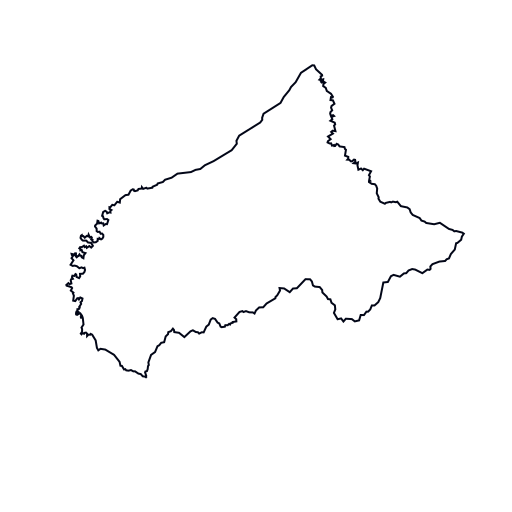 Santa Marta, Magdalena, Colombia (orthographic projection), rotated 314°
{"feature_id": "7082276B2481053474358", "entity_name": "Santa Marta", "entity_type": "district", "adm_level": 2, "iso_a3": "COL", "parent_name": "Colombia", "parent_adm1": "Magdalena", "projection": "orthographic", "projection_center": [-73.961, 11.086], "detail": "fine", "context": "isolated", "style": "outline", "palette": "ink", "viewbox_px": 512, "rotation_deg": 314, "n_neighbors": 0, "source": "geoboundaries", "source_scale": "gbopen_adm2", "svg_char_len": 6082}
<svg xmlns="http://www.w3.org/2000/svg" viewBox="0 0 512 512"><g transform="rotate(314 256 256)"><path d="M432.3,164.0L419.0,161.1L408.5,163.8L401.9,163.8L398.4,164.8L389.7,165.5L383.1,167.3L363.6,162.6L359.7,164.4L358.3,165.9L354.9,166.3L330.9,160.3L325.3,161.9L323.4,164.2L315.3,165.0L294.8,159.6L285.8,156.2L279.9,155.5L276.0,152.7L271.2,150.9L260.7,142.3L253.7,140.9L247.7,137.6L244.5,137.6L239.9,134.9L238.6,135.4L234.0,133.5L233.1,134.0L229.0,131.0L228.9,129.7L225.9,128.2L226.2,126.2L225.2,127.0L222.6,124.9L221.0,125.3L218.6,123.9L218.2,123.0L218.9,121.9L218.4,121.0L216.0,120.4L211.5,121.7L209.1,119.8L202.5,118.8L199.8,120.9L198.6,118.5L194.1,118.9L193.0,117.1L189.6,117.3L189.3,116.7L188.0,117.9L188.6,120.0L187.5,119.8L186.2,121.1L185.9,120.4L183.4,119.3L184.1,117.9L183.7,116.1L181.5,115.5L178.0,117.4L178.3,118.3L177.3,120.0L177.0,121.3L179.1,123.2L179.3,124.8L175.4,126.7L174.6,125.7L172.2,125.2L173.4,123.4L172.1,122.1L172.4,121.4L170.5,120.5L171.7,118.3L171.3,117.5L168.9,119.2L166.2,119.1L165.4,119.7L165.0,122.3L163.2,124.1L163.4,125.5L164.8,126.6L164.1,128.8L165.2,129.6L165.1,131.5L163.7,132.9L161.8,133.4L160.3,133.0L160.1,130.9L159.3,131.3L158.4,130.2L156.9,131.6L154.6,131.2L152.9,129.7L153.2,127.6L154.1,127.1L153.5,125.9L155.2,125.1L155.3,124.2L154.0,123.6L155.1,120.7L153.5,121.6L152.9,120.3L150.2,120.1L150.4,118.0L149.5,117.2L150.1,116.2L149.0,116.0L147.1,117.2L146.7,119.2L146.8,120.7L149.2,123.3L149.0,125.7L150.9,128.3L150.0,131.6L147.6,131.6L147.4,129.2L144.3,128.6L145.0,127.1L143.4,126.6L143.9,125.1L141.6,124.6L140.1,123.3L138.8,123.6L139.1,124.5L138.1,125.7L139.3,126.3L138.2,128.5L139.6,131.3L136.9,131.6L134.5,133.4L134.0,131.6L134.8,130.2L134.1,129.3L134.5,127.9L132.5,128.2L131.5,127.4L131.7,128.0L130.5,127.9L130.6,126.7L132.8,124.7L132.3,124.0L130.8,124.2L129.4,121.9L128.8,122.9L129.4,124.2L126.3,124.8L126.1,127.7L120.9,128.7L121.5,131.0L123.1,132.2L124.2,134.2L124.5,137.4L126.6,138.4L127.2,140.1L128.4,140.7L127.2,142.7L125.3,143.7L123.0,143.8L120.9,141.8L119.2,143.7L117.2,144.1L116.3,141.5L117.8,139.5L117.6,138.7L115.5,139.2L114.3,137.6L112.9,138.3L112.4,140.1L110.9,139.2L109.8,139.6L108.0,142.3L106.2,141.4L106.2,139.9L103.4,139.7L103.1,140.4L105.4,145.0L105.2,146.0L102.5,146.8L102.8,150.1L102.0,150.2L100.9,152.6L96.9,155.5L98.0,157.3L101.5,156.8L102.2,157.4L101.8,158.8L104.1,158.4L104.9,160.7L102.7,162.1L100.8,161.9L100.1,163.5L96.6,164.2L96.7,164.8L95.2,165.5L93.6,164.5L92.9,165.5L91.4,165.4L89.9,166.2L89.0,167.2L89.4,168.2L90.1,168.4L91.9,166.2L92.5,167.4L91.8,169.0L92.7,169.4L92.2,172.2L91.7,172.6L91.3,171.9L91.2,172.0L91.9,172.8L91.6,173.5L90.2,173.0L90.9,171.7L90.2,172.7L90.1,173.1L90.4,173.3L91.2,173.5L90.9,174.7L86.9,179.5L83.3,180.2L82.7,181.6L80.7,183.5L78.5,183.9L78.5,184.7L79.3,184.4L80.7,186.3L81.4,185.9L82.8,186.9L82.8,188.4L81.1,190.1L83.0,190.1L84.2,191.4L85.1,191.2L85.6,192.8L83.9,199.3L79.4,205.4L78.6,208.1L81.2,208.6L84.0,212.6L86.3,222.6L85.1,231.4L82.9,234.7L83.8,235.9L82.7,239.9L83.8,240.6L83.6,242.1L85.0,244.0L87.1,245.3L87.8,247.9L89.0,249.1L89.7,253.1L91.0,255.1L90.8,258.1L92.1,259.9L92.5,261.9L92.7,260.5L93.6,260.2L95.2,257.1L96.1,256.7L97.4,257.5L99.3,256.7L101.8,254.8L103.1,254.6L104.7,252.5L112.0,249.2L116.8,250.1L122.7,247.8L124.6,248.4L127.7,248.1L130.2,249.8L135.4,246.9L138.7,247.0L140.3,245.8L142.8,247.0L146.0,246.7L145.8,248.4L144.5,250.1L147.3,254.0L147.9,260.8L156.3,261.2L158.7,262.2L159.5,265.5L160.8,267.2L160.7,269.0L163.5,270.0L164.7,271.4L170.7,269.3L173.8,269.7L178.8,267.6L181.2,268.0L182.3,270.2L181.4,274.7L182.0,276.4L180.6,279.6L180.9,280.7L183.5,282.7L184.9,282.0L186.5,283.7L188.4,283.8L188.7,284.9L189.8,284.5L191.8,285.6L192.3,285.1L195.3,287.3L196.8,285.7L196.8,283.3L204.3,283.0L206.9,284.5L207.0,285.9L209.4,287.1L210.8,290.3L213.2,292.9L213.6,294.9L216.8,293.8L221.2,294.0L224.1,296.8L229.2,296.6L239.0,299.3L240.1,298.5L242.4,298.6L247.8,297.3L249.3,295.2L252.2,298.8L253.4,305.4L258.3,305.2L261.2,307.8L273.7,307.7L276.8,311.1L276.5,313.9L274.4,317.4L274.9,319.6L277.9,323.4L277.5,327.2L275.9,329.1L275.9,335.0L275.0,337.7L276.5,339.6L274.8,342.8L275.3,347.0L272.7,350.1L269.2,351.6L267.2,358.6L270.2,360.6L269.6,364.4L273.3,364.2L277.2,368.8L277.6,372.5L281.3,374.9L286.3,372.3L288.5,374.7L292.7,374.1L293.8,375.3L296.9,375.3L300.9,373.7L302.7,375.6L307.7,376.0L312.0,374.6L325.4,366.0L328.9,368.9L335.2,367.1L338.0,368.1L341.1,373.9L346.2,374.5L348.0,376.0L351.6,375.8L355.1,377.4L356.8,379.9L359.2,387.6L365.3,388.7L366.6,390.5L368.0,390.5L369.6,388.7L372.7,388.6L379.4,391.8L383.8,395.5L386.1,395.4L388.3,396.5L392.8,394.8L398.7,394.5L404.2,391.1L405.3,391.8L410.2,392.3L413.0,390.6L416.4,390.0L416.1,388.1L413.0,382.6L411.5,381.5L411.3,379.3L409.5,376.0L407.6,365.2L402.6,362.1L398.0,355.5L397.9,353.4L396.4,350.4L397.0,347.4L394.4,340.2L394.8,337.0L396.4,334.0L396.0,331.1L392.5,325.6L393.2,319.9L391.9,319.3L390.2,316.7L388.5,316.0L388.0,314.8L384.4,312.5L383.1,312.4L381.4,307.7L382.3,304.3L383.5,303.4L385.0,299.3L388.7,296.3L390.0,293.7L390.2,291.6L388.3,289.1L387.7,285.9L388.3,285.3L389.4,285.9L389.5,284.5L392.3,282.7L392.6,281.1L396.9,279.9L393.9,273.1L391.9,273.2L391.9,270.8L389.2,269.7L391.7,266.0L394.0,264.4L392.0,263.7L390.6,261.8L393.0,261.9L394.0,260.5L393.4,259.5L390.8,259.3L390.0,258.5L390.0,256.2L388.8,254.8L390.1,254.7L391.4,253.5L390.0,250.3L394.9,246.9L394.8,245.6L395.8,244.0L392.9,240.0L393.3,237.7L392.7,236.1L390.1,236.5L389.4,235.9L390.0,235.0L388.2,234.0L389.2,231.8L388.1,230.8L387.4,228.6L388.5,228.0L391.9,228.5L392.0,224.8L397.5,226.3L397.5,223.9L399.4,224.1L401.0,226.4L404.0,221.6L405.7,221.5L406.6,220.0L405.0,215.6L407.4,215.9L408.4,213.6L410.9,214.9L410.9,213.7L408.9,212.4L409.9,210.5L411.2,209.6L413.7,209.6L414.8,207.0L416.4,206.1L420.0,206.7L421.4,203.2L419.9,201.3L422.3,199.6L423.2,200.9L423.9,200.8L424.8,197.3L423.9,192.3L425.4,189.4L424.9,186.3L426.6,185.0L428.8,185.3L428.4,183.5L426.4,182.7L426.5,181.8L429.0,182.2L429.8,181.6L427.4,180.3L426.9,179.2L428.9,179.2L430.1,177.8L431.7,178.3L432.2,177.6L432.0,169.5L433.5,165.5L432.3,164.0Z" fill="none" stroke="#020617" stroke-width="2"/></g></svg>